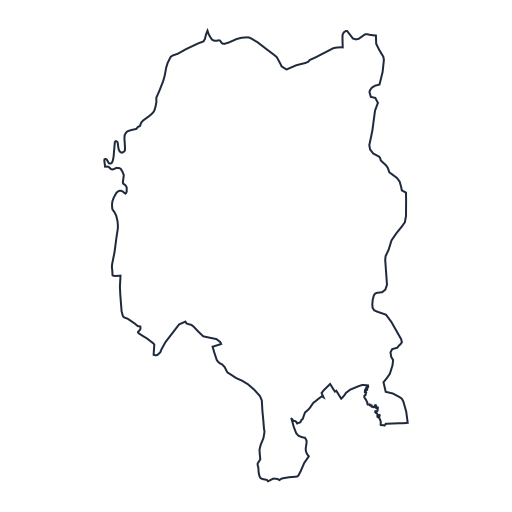 Krong Buk, Đắk Lắk, Vietnam
{"feature_id": "81297802B2573632778711", "entity_name": "Krong Buk", "entity_type": "district", "adm_level": 2, "iso_a3": "VNM", "parent_name": "Vietnam", "parent_adm1": "Đắk Lắk", "projection": "equal_earth", "projection_center": [108.229, 13.013], "detail": "fine", "context": "isolated", "style": "outline", "palette": "slate", "viewbox_px": 512, "rotation_deg": 0, "n_neighbors": 0, "source": "geoboundaries", "source_scale": "gbopen_adm2", "svg_char_len": 5979}
<svg xmlns="http://www.w3.org/2000/svg" viewBox="0 0 512 512"><path d="M407.7,422.8L406.2,411.6L403.3,401.4L401.9,398.8L399.6,397.1L392.8,393.5L385.7,391.8L383.5,382.2L386.4,378.7L389.8,373.9L392.5,365.4L393.1,360.0L391.2,356.9L390.5,352.4L392.1,349.2L397.3,347.7L398.7,345.8L400.7,344.0L401.9,342.2L401.1,339.1L391.4,322.0L386.0,314.7L377.3,311.7L374.2,310.3L372.6,307.9L372.3,304.7L372.7,299.8L373.8,295.6L374.9,293.8L376.6,292.9L382.1,292.2L385.3,289.7L387.0,284.8L385.2,260.0L385.6,256.1L388.6,249.8L391.5,240.4L396.2,233.5L402.3,225.9L404.9,222.2L406.0,215.8L406.1,200.5L406.0,192.6L401.8,190.4L401.1,186.7L399.6,181.5L397.0,178.0L389.3,172.3L387.9,168.1L386.2,165.5L380.8,160.5L380.1,158.0L379.2,156.7L373.2,153.5L370.1,149.5L369.3,145.1L370.9,137.7L372.4,130.3L375.0,110.7L377.9,102.9L375.3,97.9L370.8,96.9L369.5,92.2L369.9,90.4L371.8,87.7L374.9,85.8L379.5,84.5L382.6,72.0L383.9,59.8L383.3,56.7L379.1,49.7L376.2,43.8L375.9,35.5L373.2,35.3L369.7,34.8L367.1,34.2L365.1,34.3L358.7,38.8L355.9,39.4L352.9,38.5L350.6,35.5L347.1,31.0L345.9,31.0L344.2,32.0L343.2,33.4L342.5,35.2L342.5,39.4L342.7,47.4L340.4,47.3L336.2,47.6L333.3,48.2L315.3,57.5L309.7,60.0L308.2,61.8L305.3,63.0L296.4,65.2L286.5,69.5L281.5,66.3L281.5,66.1L280.5,64.0L276.7,57.0L272.8,53.9L266.8,49.4L257.6,42.3L250.9,38.3L248.6,37.4L245.9,37.4L241.3,37.8L236.7,39.0L228.8,42.5L224.2,43.9L222.4,43.5L221.2,42.4L220.2,40.7L219.4,40.4L218.0,40.4L216.4,40.8L213.8,40.6L212.0,39.6L210.4,37.3L208.7,34.3L207.5,30.7L206.1,34.2L204.9,39.0L203.5,41.4L197.7,43.6L185.9,49.2L177.9,53.7L172.7,55.5L170.7,56.8L167.6,63.0L166.2,67.6L164.7,75.6L163.2,81.0L159.7,90.0L156.3,97.8L156.4,102.0L155.6,106.2L154.7,109.5L153.9,111.4L153.0,112.6L151.4,114.2L149.3,116.0L143.2,120.4L141.6,122.1L140.7,123.9L140.0,126.0L137.8,127.0L136.4,128.9L131.0,130.1L127.8,131.2L126.7,131.9L125.7,133.2L124.7,135.0L124.4,138.1L124.9,145.8L125.0,148.5L124.9,150.4L124.2,151.4L122.7,152.5L121.3,152.6L119.7,151.5L118.6,149.1L118.2,146.7L117.7,142.9L117.4,142.0L116.7,141.4L115.8,141.1L115.4,141.3L114.8,142.4L113.6,156.6L112.9,160.3L112.0,162.6L111.2,163.3L110.1,163.6L108.9,163.3L106.7,159.5L105.7,159.0L105.1,159.0L104.5,159.3L104.3,160.5L105.1,166.7L107.4,166.6L108.6,166.9L110.9,169.0L112.3,169.5L113.6,169.2L116.4,167.9L119.2,168.1L120.7,168.8L122.7,172.2L123.8,175.2L122.9,181.9L122.9,182.9L123.4,183.9L124.6,184.5L126.0,186.0L126.7,187.5L126.7,191.4L126.1,193.0L125.5,193.6L124.6,193.1L122.8,191.5L121.2,190.8L119.4,190.8L117.6,191.7L116.3,193.0L113.8,197.5L112.4,201.3L112.0,204.6L112.2,208.1L112.5,209.5L114.4,212.1L116.2,215.6L117.5,221.1L117.9,225.5L117.8,228.7L116.5,237.1L114.5,252.3L112.1,264.2L111.9,267.1L112.3,270.9L112.5,275.2L113.0,275.6L114.9,276.0L120.5,275.7L119.9,286.9L120.3,294.8L121.6,311.4L123.0,316.4L124.3,317.5L127.6,318.7L134.4,323.3L137.8,326.1L140.3,326.5L140.5,328.0L140.2,329.6L138.0,332.0L138.0,332.4L138.7,333.3L142.4,335.7L146.7,338.3L153.4,343.4L154.3,344.6L154.1,347.7L153.6,354.8L154.4,355.1L155.6,355.3L157.4,355.0L160.3,352.3L161.5,349.3L165.4,342.2L179.1,324.4L185.4,321.6L186.4,323.3L188.3,324.1L191.4,324.9L193.7,326.7L198.3,331.6L203.2,336.3L209.6,337.7L216.5,339.1L220.4,342.2L221.1,344.0L219.1,344.7L212.6,346.7L214.2,352.3L216.8,360.1L218.2,361.9L220.0,363.4L222.1,364.4L224.6,367.0L227.3,372.3L236.4,378.2L242.3,380.8L248.0,384.3L254.2,389.7L259.9,396.0L261.8,400.4L262.4,410.9L263.3,420.2L264.0,428.9L264.5,431.5L264.2,433.8L263.4,438.2L260.6,445.1L259.5,449.6L259.8,454.6L260.3,459.3L257.8,463.2L257.6,463.9L257.7,465.3L257.8,465.8L258.2,466.8L258.4,468.7L258.6,471.9L259.1,474.8L259.9,477.1L260.6,478.1L262.3,479.0L266.8,479.9L267.3,480.4L268.0,481.3L273.3,478.6L276.3,478.8L278.0,479.2L279.3,480.1L281.8,478.5L288.5,477.3L296.9,476.6L298.3,475.7L300.8,470.9L304.2,463.0L308.8,456.3L307.0,454.0L305.9,451.2L305.7,448.5L306.5,443.3L306.6,440.9L306.0,439.5L305.0,437.8L302.4,437.3L298.5,435.8L296.2,433.2L293.7,426.7L291.9,420.1L291.4,418.8L291.5,418.7L292.0,419.0L292.4,419.5L293.0,420.4L293.5,420.8L295.1,421.1L296.3,421.9L297.0,423.3L297.1,423.5L297.4,423.4L298.0,423.0L299.4,422.7L300.3,422.2L300.5,422.1L301.3,420.2L301.5,419.9L302.5,419.2L302.8,418.7L303.9,415.5L305.0,412.5L308.1,409.8L309.6,408.2L313.4,402.7L314.8,401.8L317.8,399.3L321.8,396.3L323.5,397.3L321.6,393.0L323.7,390.3L330.1,384.0L334.1,390.4L334.9,391.6L336.3,390.8L341.2,398.7L343.1,396.8L344.9,394.6L345.9,392.9L350.3,389.6L358.5,386.2L362.5,384.9L368.0,385.4L368.2,386.8L368.1,387.1L368.0,387.3L367.8,387.5L367.6,387.4L366.7,387.1L366.4,387.3L366.3,388.0L366.4,388.4L366.6,388.8L367.1,389.2L367.2,389.8L367.0,390.0L366.7,390.0L366.5,389.9L366.2,389.1L366.1,388.9L365.9,388.7L365.6,388.9L365.1,389.9L364.9,391.2L364.9,392.2L365.2,392.3L365.8,391.9L365.9,392.0L366.1,392.1L366.2,392.3L366.2,392.6L365.7,393.5L365.7,393.8L365.7,394.5L365.6,394.9L365.5,395.1L364.9,395.2L364.7,395.3L364.4,395.7L364.3,396.6L364.3,397.3L365.1,398.6L366.0,399.8L366.7,401.4L367.2,402.2L367.3,402.8L367.3,403.6L367.4,404.0L367.7,404.5L367.8,404.5L368.2,404.6L369.7,404.4L369.9,404.7L369.9,405.2L370.0,405.4L370.3,405.7L370.5,405.7L371.2,405.3L371.4,405.3L371.7,405.4L371.7,405.7L371.6,406.5L371.8,406.8L372.1,406.9L373.1,406.8L374.0,407.3L374.3,407.2L374.9,405.5L375.0,405.3L375.4,405.1L375.7,405.1L376.0,405.4L376.1,406.1L376.1,407.5L376.2,408.1L376.3,408.2L376.6,408.2L377.4,407.4L377.8,407.4L377.9,407.6L377.9,407.8L377.8,408.4L377.7,408.9L377.6,410.3L377.5,410.6L377.3,411.0L377.1,411.2L376.7,411.3L376.4,411.3L375.6,411.1L375.4,411.1L375.3,411.3L375.2,411.9L375.2,412.2L375.7,412.8L376.5,413.1L376.9,413.4L377.2,413.7L377.4,414.4L377.4,415.7L377.4,416.4L377.6,417.1L377.8,417.2L378.1,417.3L378.3,417.0L378.8,415.8L379.2,415.1L379.5,415.0L379.7,415.5L379.4,416.0L379.3,416.7L379.2,417.1L379.3,417.8L379.4,418.2L380.1,419.8L380.7,421.5L380.8,422.2L380.6,424.6L380.7,424.9L380.9,425.1L383.8,425.2L384.1,425.5L384.5,425.5L385.2,424.8L385.5,424.3L385.7,423.8L397.8,423.3L404.1,423.2L407.7,422.8Z" fill="none" stroke="#1e293b" stroke-width="2"/></svg>